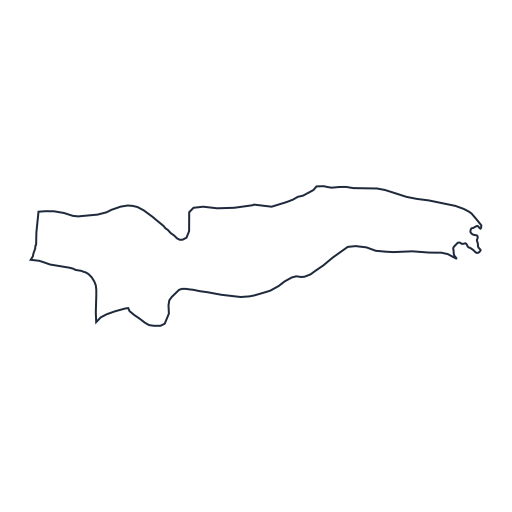 the district of San Juan Ixcoy, Huehuetenango, Guatemala
{"feature_id": "79465075B73654259569509", "entity_name": "San Juan Ixcoy", "entity_type": "district", "adm_level": 2, "iso_a3": "GTM", "parent_name": "Guatemala", "parent_adm1": "Huehuetenango", "projection": "orthographic", "projection_center": [-91.344, 15.641], "detail": "fine", "context": "isolated", "style": "outline", "palette": "slate", "viewbox_px": 512, "rotation_deg": 0, "n_neighbors": 0, "source": "geoboundaries", "source_scale": "gbopen_adm2", "svg_char_len": 2577}
<svg xmlns="http://www.w3.org/2000/svg" viewBox="0 0 512 512"><path d="M456.8,258.9L455.3,256.8L454.3,255.7L454.0,254.7L453.8,253.8L453.5,250.1L453.3,249.3L453.2,248.2L453.7,247.0L457.3,243.2L457.9,242.7L458.9,242.6L459.9,242.6L460.8,243.2L461.7,243.8L462.6,243.9L463.8,243.7L465.4,243.3L466.3,243.9L466.8,244.6L467.4,245.8L467.8,246.7L468.8,247.5L469.9,247.8L470.8,248.3L471.8,249.0L473.0,249.8L474.1,250.8L475.2,252.0L476.4,252.8L477.5,252.9L478.3,252.7L478.9,252.4L479.7,251.5L480.4,250.8L480.6,250.0L479.9,249.1L479.0,248.1L478.4,247.5L478.0,246.2L478.0,245.2L477.8,243.7L477.6,242.5L477.3,241.8L476.9,240.6L477.0,239.6L477.4,238.8L477.7,237.6L477.7,236.8L477.1,235.6L476.3,235.3L475.2,235.1L474.1,234.9L473.1,234.6L471.9,233.9L471.3,233.3L470.5,232.2L470.4,231.0L470.7,229.7L471.0,229.0L471.6,228.3L472.9,228.0L473.7,227.7L475.4,226.7L477.0,225.9L478.0,226.2L479.5,228.0L480.5,228.6L481.1,227.8L481.2,226.8L481.3,225.3L475.8,218.5L471.5,213.5L469.0,211.7L463.7,208.9L455.4,205.9L428.7,200.4L416.8,198.9L406.6,196.9L385.0,190.0L377.0,188.5L353.3,188.1L346.0,186.9L339.2,187.0L331.5,187.7L327.4,187.0L323.8,186.2L316.5,186.4L313.5,190.0L302.9,195.7L297.9,196.8L293.0,199.6L286.8,202.0L271.6,206.7L253.9,204.6L252.9,205.2L234.1,207.8L217.1,208.3L203.2,206.7L193.5,207.8L189.2,212.2L189.1,231.1L186.5,237.7L185.3,238.3L182.6,239.7L179.9,239.8L177.2,238.5L174.0,235.4L170.6,233.0L167.8,229.9L165.3,228.2L163.6,226.0L155.8,219.6L152.5,216.8L143.8,210.4L137.4,207.0L132.7,205.9L127.8,205.5L120.8,206.6L111.5,209.8L106.5,212.3L97.6,214.6L81.2,216.1L78.5,216.4L73.0,215.9L64.0,213.0L54.1,211.3L45.5,211.2L38.5,211.7L36.4,232.3L36.1,244.8L35.4,245.8L35.2,248.5L33.4,253.6L32.9,256.3L30.7,259.8L39.2,260.8L44.1,262.4L45.5,262.9L50.0,264.5L69.4,267.7L73.6,268.8L75.4,269.9L81.1,270.8L83.1,271.6L85.6,272.4L87.3,273.3L88.6,274.2L91.7,277.3L94.3,281.5L95.8,285.4L96.3,289.8L96.3,295.2L95.8,312.2L96.2,322.1L100.7,317.4L106.6,314.3L115.0,311.3L125.2,308.5L128.2,308.1L129.6,311.2L134.5,315.2L139.4,318.5L144.6,322.5L149.0,325.1L154.0,325.8L160.4,325.8L164.7,323.7L168.9,313.6L168.5,305.4L169.3,300.3L171.8,296.9L179.1,289.8L181.9,288.9L186.2,288.9L189.5,289.4L193.3,289.8L199.9,291.2L207.4,292.2L221.5,294.8L240.6,297.0L249.3,296.4L254.0,295.5L265.0,292.3L270.2,290.7L278.7,286.0L284.5,281.5L291.7,277.5L296.3,276.3L301.2,277.0L304.6,276.7L310.5,274.4L315.4,270.8L323.2,265.5L332.7,257.6L347.7,246.9L355.6,246.1L364.2,247.1L366.5,247.4L375.8,250.8L386.1,251.7L393.3,252.1L412.3,251.3L429.5,252.6L441.4,252.7L447.8,254.1L456.8,258.9Z" fill="none" stroke="#1e293b" stroke-width="2"/></svg>